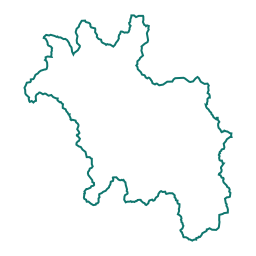 the district of Chiem Hoa, Tuyên Quang, Vietnam
{"feature_id": "81297802B40107493867560", "entity_name": "Chiem Hoa", "entity_type": "district", "adm_level": 2, "iso_a3": "VNM", "parent_name": "Vietnam", "parent_adm1": "Tuyên Quang", "projection": "natural_earth1", "projection_center": [105.271, 22.169], "detail": "fine", "context": "isolated", "style": "outline", "palette": "teal", "viewbox_px": 256, "rotation_deg": 0, "n_neighbors": 0, "source": "geoboundaries", "source_scale": "gbopen_adm2", "svg_char_len": 5736}
<svg xmlns="http://www.w3.org/2000/svg" viewBox="0 0 256 256"><path d="M33.3,79.1L30.8,79.4L30.8,81.3L30.3,82.1L26.8,82.7L25.8,85.4L24.5,87.8L25.2,90.0L25.3,93.3L25.9,94.5L29.1,97.5L28.7,98.7L29.3,101.2L29.8,101.9L31.7,101.0L33.4,102.5L34.7,101.2L36.0,100.8L35.7,96.4L36.6,94.5L38.0,93.8L39.3,92.5L40.4,92.7L43.0,94.3L44.6,93.6L45.7,93.7L48.5,95.7L51.3,95.0L53.2,97.1L56.0,98.3L57.7,98.5L57.4,100.0L57.7,100.5L59.7,102.2L60.8,102.0L61.7,103.3L63.0,104.2L62.7,106.2L62.8,108.0L65.6,109.3L66.5,111.5L67.5,112.4L68.5,114.3L69.6,114.3L69.3,115.3L70.7,118.5L70.5,119.4L71.3,120.2L72.7,119.8L75.6,120.6L76.1,122.3L77.6,123.5L78.4,124.7L78.5,125.9L77.2,129.2L79.0,131.9L79.4,133.0L77.9,134.7L77.1,134.7L76.8,135.2L77.1,135.9L78.1,136.5L79.9,138.7L79.0,140.8L77.6,141.6L76.5,143.1L76.4,144.7L79.0,146.5L80.8,147.0L82.5,149.6L85.5,151.9L86.7,157.1L89.7,157.1L90.7,158.3L91.8,158.7L91.8,164.2L92.7,166.4L91.7,167.8L89.8,168.6L89.1,170.7L88.2,171.6L87.9,173.2L88.3,175.0L92.2,180.1L92.4,182.2L93.9,182.8L94.1,185.0L93.5,185.7L91.3,186.2L90.5,187.7L87.5,189.0L86.4,189.0L84.4,191.5L85.0,193.0L84.8,193.5L84.2,193.7L84.3,194.8L83.9,197.7L84.4,198.9L86.1,199.7L86.7,201.7L88.5,201.6L90.8,203.6L93.3,205.1L95.7,204.7L96.2,203.5L97.6,203.3L98.6,202.0L98.5,198.4L99.5,197.3L99.1,195.0L99.3,194.1L101.7,193.1L103.2,191.8L105.7,190.8L107.0,189.1L109.0,187.4L109.2,186.2L110.3,184.6L110.8,181.7L113.0,180.9L113.3,179.4L112.8,177.7L113.0,177.4L116.4,177.3L118.5,179.6L119.9,180.2L120.9,180.2L121.8,179.8L122.8,180.3L123.5,179.9L124.7,181.8L125.4,182.3L125.8,185.2L127.0,189.3L126.7,191.1L127.4,191.9L127.6,193.3L127.3,193.9L125.1,195.1L124.5,196.5L124.2,199.7L125.7,202.3L127.3,201.7L130.0,201.6L130.8,201.2L131.8,202.0L132.9,201.6L134.5,202.0L135.6,201.1L136.6,201.1L137.6,200.0L139.9,199.8L140.7,199.9L141.0,200.7L143.2,202.7L144.5,203.1L145.5,204.7L146.3,205.0L148.3,203.3L148.8,201.5L149.4,200.5L152.2,199.6L153.2,200.7L154.5,200.2L155.9,197.6L157.9,196.2L158.5,193.8L159.9,191.8L161.1,191.1L162.6,192.0L165.2,191.7L166.0,193.7L166.3,193.9L169.2,193.2L172.5,193.3L174.6,195.2L174.8,195.9L174.5,197.1L175.7,198.5L175.9,200.2L177.5,200.6L177.3,201.8L177.7,203.5L179.5,204.2L179.4,207.3L178.8,209.1L179.1,209.9L179.0,211.3L177.9,214.3L179.5,215.1L181.1,216.7L181.5,218.6L180.9,219.7L181.5,220.9L181.4,222.0L182.6,223.2L182.6,224.4L183.4,225.8L182.4,228.5L180.4,230.2L180.9,231.5L182.1,232.4L182.2,233.5L183.1,235.1L183.2,236.3L183.6,237.2L186.1,237.3L188.1,238.4L188.7,239.4L189.8,239.4L192.3,240.6L193.3,239.9L195.4,239.4L196.2,239.6L196.3,238.1L198.6,237.5L198.9,237.3L198.9,236.8L200.1,236.9L201.5,235.1L202.4,233.2L206.1,231.2L206.7,230.6L206.8,229.4L207.7,229.3L209.6,228.3L212.0,229.7L216.2,229.9L218.6,227.8L218.9,226.9L219.5,221.9L219.2,220.3L219.3,214.9L222.6,214.0L224.1,213.1L227.8,212.6L227.9,209.5L227.3,207.3L226.4,205.8L226.7,204.3L225.8,203.2L225.0,198.7L226.9,197.3L228.7,197.2L229.9,196.7L230.4,192.8L229.2,191.6L229.7,189.6L229.0,188.0L227.0,186.7L226.8,185.6L223.9,182.7L223.4,181.9L223.1,180.1L223.7,179.0L223.3,177.9L221.6,177.6L220.6,175.4L218.8,174.7L219.1,173.7L220.9,172.4L221.5,171.4L221.6,169.8L221.0,168.4L221.0,167.3L223.8,163.4L222.7,163.2L221.9,160.6L220.5,160.7L219.6,160.1L219.1,157.9L219.6,156.1L218.8,155.0L219.2,154.0L220.0,153.3L219.6,152.7L219.8,151.9L221.3,150.7L221.5,149.7L222.0,149.3L223.9,148.9L224.4,147.3L223.7,143.7L225.9,141.1L226.8,139.3L230.1,137.0L231.5,137.0L231.1,135.4L231.4,133.4L230.0,133.2L227.4,131.5L226.3,131.4L224.3,130.6L223.6,131.5L222.9,131.4L221.8,132.2L221.4,131.9L220.3,129.6L218.6,127.8L218.1,125.4L218.2,123.5L219.3,121.9L217.7,119.6L217.7,117.8L216.8,117.8L216.1,119.2L213.5,117.2L212.7,115.3L211.5,114.2L211.2,112.7L209.7,111.4L208.5,109.4L206.9,108.1L206.2,106.9L205.6,104.6L206.3,104.8L207.1,104.1L206.9,103.0L207.5,101.4L207.4,99.0L208.7,97.6L209.8,97.6L209.7,95.7L209.2,94.2L207.6,93.1L208.1,91.4L208.6,90.6L208.2,86.9L208.8,85.6L207.5,83.6L204.5,83.9L201.3,82.1L200.7,81.6L198.8,78.1L197.5,77.0L195.5,78.5L193.1,81.4L190.2,82.0L189.0,81.6L184.7,78.3L183.5,77.8L175.2,78.2L173.6,79.4L172.3,81.6L167.2,81.7L163.1,84.6L159.2,85.3L156.9,83.6L156.2,83.6L155.0,84.4L152.5,83.2L151.8,81.0L151.1,80.4L150.9,79.7L149.4,77.9L148.6,77.6L147.3,78.4L145.6,77.4L145.4,76.5L144.5,75.2L142.0,74.6L140.9,72.2L137.8,69.2L137.4,66.8L136.3,65.5L137.5,64.0L137.3,63.2L137.4,61.3L139.5,59.4L140.1,58.0L143.0,55.5L141.4,50.7L141.9,47.8L141.5,46.5L144.6,43.8L147.5,42.1L148.1,40.2L146.9,33.4L147.2,32.3L148.7,29.6L148.3,28.3L148.8,26.0L147.1,25.4L146.0,26.2L145.6,25.5L144.3,24.9L142.9,22.0L143.4,20.0L143.3,16.5L143.0,15.9L138.7,15.9L136.0,17.1L134.0,15.4L131.4,15.4L131.2,17.3L130.4,19.2L130.2,21.9L129.1,22.9L129.5,24.7L130.6,25.8L129.5,28.0L129.6,29.3L128.6,31.9L127.6,32.6L125.7,32.4L124.6,32.7L122.2,31.6L121.0,31.5L120.4,32.3L120.2,33.8L119.1,34.9L118.6,37.0L118.9,38.3L118.0,40.3L115.9,42.9L115.0,44.8L113.3,46.6L110.2,44.6L108.2,44.5L107.2,44.1L106.1,44.9L105.4,44.1L102.4,42.7L101.5,41.7L101.1,39.7L98.6,39.0L96.8,36.9L97.1,35.0L95.1,32.2L95.3,29.5L95.1,28.4L91.2,27.4L90.4,26.2L90.4,24.7L89.9,23.6L88.8,22.8L86.0,22.1L85.4,21.5L85.1,20.6L81.7,20.8L79.2,25.1L78.9,26.7L76.6,28.8L75.7,32.0L75.9,32.9L77.5,36.1L76.7,40.1L77.0,43.0L79.8,45.7L79.8,46.9L77.8,50.3L74.0,53.1L73.4,54.4L72.1,51.7L71.5,47.4L69.8,45.3L69.0,42.9L67.2,40.2L65.3,38.9L63.5,39.1L60.6,37.4L58.4,37.4L57.5,36.5L56.6,36.9L54.5,35.9L50.6,34.8L49.1,35.5L46.2,34.9L44.0,36.9L43.7,38.0L45.6,38.7L47.1,41.4L47.7,43.2L47.6,44.2L48.3,45.5L50.9,46.6L52.1,48.1L51.7,49.0L51.9,50.8L51.3,52.2L51.5,54.0L51.2,55.9L51.6,56.9L47.5,56.5L45.6,57.3L45.8,59.1L45.0,60.0L46.4,61.0L47.1,62.6L47.3,66.2L46.7,68.8L45.7,69.4L44.5,69.5L40.8,70.7L39.1,71.9L37.9,73.4L35.5,74.8L33.9,78.4L33.3,79.1Z" fill="none" stroke="#0f766e" stroke-width="2"/></svg>